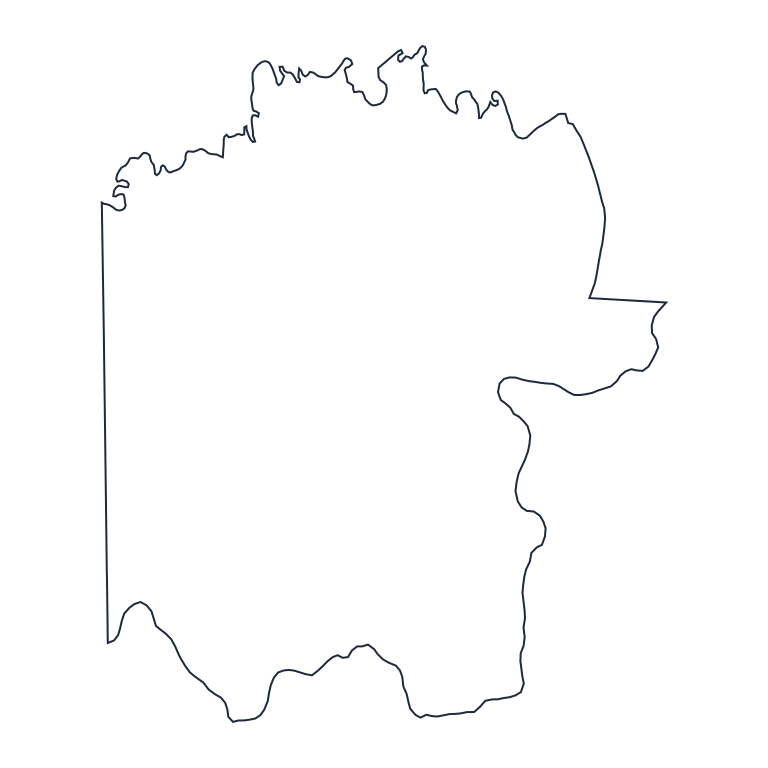 Amaturá, Amazonas, Brazil (Equal Earth projection)
{"feature_id": "56859067B85663685806708", "entity_name": "Amaturá", "entity_type": "district", "adm_level": 2, "iso_a3": "BRA", "parent_name": "Brazil", "parent_adm1": "Amazonas", "projection": "equal_earth", "projection_center": [-68.265, -3.42], "detail": "fine", "context": "isolated", "style": "outline", "palette": "slate", "viewbox_px": 768, "rotation_deg": 0, "n_neighbors": 0, "source": "geoboundaries", "source_scale": "gbopen_adm2", "svg_char_len": 5989}
<svg xmlns="http://www.w3.org/2000/svg" viewBox="0 0 768 768"><path d="M666.2,302.5L589.4,298.1L592.5,289.6L595.0,282.7L596.5,275.4L599.0,260.4L600.1,254.7L600.6,251.3L602.4,243.2L604.4,227.8L605.1,217.9L604.2,208.4L602.0,201.5L598.0,185.4L595.7,177.6L593.6,170.9L588.6,156.7L583.5,143.8L580.6,136.9L576.2,130.1L572.9,124.2L568.2,123.0L565.4,113.9L561.0,113.8L557.9,114.4L555.3,116.6L551.4,119.2L548.5,121.3L545.5,122.9L542.7,124.9L537.9,127.5L535.6,129.3L533.1,131.5L526.7,137.6L522.9,138.6L518.0,137.3L515.7,135.1L514.5,132.8L512.5,129.6L511.8,125.4L509.9,119.3L508.7,115.7L507.6,112.9L506.7,110.4L505.9,106.8L504.8,104.1L504.0,101.7L502.6,98.4L500.9,95.6L498.5,92.8L495.6,91.4L493.0,92.5L492.1,95.3L492.2,98.2L494.2,101.0L497.6,100.7L497.8,104.5L495.2,106.0L492.4,104.8L490.3,102.0L488.6,106.9L487.0,109.3L484.5,111.7L482.8,113.9L481.1,117.7L478.9,118.0L479.0,114.2L478.1,107.3L477.3,103.8L475.5,101.6L474.2,99.4L472.0,97.1L471.0,93.9L469.8,91.6L466.4,91.3L463.5,91.9L461.1,92.9L458.8,94.4L457.0,97.0L456.2,99.6L455.9,102.8L456.9,105.7L457.7,110.3L456.1,113.4L450.0,110.3L447.7,108.0L445.2,104.6L442.7,100.5L441.0,97.1L437.8,91.4L435.7,88.9L430.2,89.5L427.9,90.3L427.0,92.8L424.8,93.3L423.5,90.5L423.7,83.7L423.1,80.1L422.8,76.1L422.7,72.2L421.9,69.5L422.0,66.6L423.9,65.4L426.9,65.6L424.0,62.3L422.9,59.2L424.1,56.4L425.7,53.7L426.0,49.7L424.8,46.8L422.3,46.1L420.2,47.9L418.7,50.4L417.3,53.1L414.4,54.8L412.9,57.2L411.1,58.5L408.7,57.0L405.8,56.4L403.7,58.7L402.1,61.1L399.9,61.8L398.0,59.7L398.5,55.4L400.6,54.4L402.6,53.1L401.0,50.0L398.1,51.3L395.7,53.3L378.1,68.2L378.4,72.2L378.6,77.1L380.3,80.2L383.4,82.2L386.1,85.0L386.7,88.7L386.6,92.6L386.0,95.6L384.8,98.7L383.1,101.6L380.2,103.8L376.5,104.9L373.7,105.4L371.7,105.0L369.5,103.6L365.3,99.3L364.2,95.7L362.3,92.0L358.8,91.4L356.7,91.9L354.1,92.1L353.1,88.8L353.1,85.6L347.4,81.9L347.0,78.8L345.7,73.5L344.6,70.1L346.0,67.7L348.9,67.0L352.3,64.0L351.0,60.5L349.2,59.2L347.3,58.2L345.0,58.8L343.6,60.8L342.1,63.4L335.3,72.2L333.5,73.8L331.2,75.8L329.1,76.9L326.3,77.4L322.7,77.1L318.1,76.1L315.9,74.4L313.3,72.6L309.9,71.9L308.0,74.7L305.4,76.5L302.7,74.6L301.3,70.9L299.2,68.5L298.6,72.8L298.5,77.4L300.0,79.4L299.5,82.3L296.9,81.9L294.9,78.0L292.9,74.6L290.5,72.6L287.3,72.6L284.2,70.7L282.6,66.7L279.6,66.8L280.0,70.4L281.8,73.1L284.1,76.2L281.1,83.5L278.7,85.2L276.7,82.6L276.2,78.9L272.6,68.9L270.3,64.3L268.6,62.3L266.7,61.5L264.6,61.2L261.4,62.3L257.8,65.0L254.6,69.0L252.7,72.6L252.5,76.4L252.6,79.9L253.5,88.9L252.6,92.3L251.3,96.3L251.3,99.5L252.0,104.1L252.6,108.4L253.6,110.8L256.0,111.4L258.8,113.1L258.1,116.7L255.3,115.3L252.8,115.4L251.7,118.0L251.8,123.1L252.9,131.5L253.0,135.8L254.3,139.0L255.1,141.5L252.9,142.0L250.7,139.7L248.8,135.9L247.4,131.9L246.5,129.3L246.4,126.2L244.3,127.3L244.3,130.8L244.2,134.4L241.6,135.1L239.7,134.2L237.1,134.2L235.3,135.5L233.3,136.3L231.1,136.9L228.7,137.2L226.7,134.8L224.5,136.6L223.8,139.1L223.7,144.8L223.4,148.5L222.8,157.3L220.2,156.2L216.7,154.5L212.7,154.2L209.3,153.6L207.5,152.7L205.6,150.9L202.2,149.1L199.8,149.2L197.4,150.4L193.5,151.8L190.5,151.5L187.9,151.4L186.1,153.4L185.5,156.4L185.5,159.7L182.8,165.3L181.2,167.2L179.3,168.8L176.6,170.1L173.6,171.1L170.7,172.4L168.6,172.2L166.3,169.8L164.6,166.4L162.6,165.3L161.0,167.0L160.6,170.5L159.0,173.4L156.7,175.2L155.0,173.7L154.7,170.3L153.7,164.8L151.5,162.1L150.4,159.0L149.7,155.3L147.9,153.9L145.6,152.9L143.5,153.0L141.7,154.5L140.3,156.5L138.1,158.5L135.9,158.1L133.5,157.9L130.0,158.4L128.0,162.4L125.5,165.6L123.6,166.4L121.2,167.9L118.8,171.5L117.0,175.1L116.2,179.2L117.6,181.7L119.9,181.1L122.2,179.9L124.8,180.9L126.9,181.5L128.7,184.0L128.0,187.1L125.0,187.1L121.1,186.1L118.5,185.7L115.9,187.8L114.1,190.6L113.3,196.1L115.6,196.5L118.4,194.7L121.6,194.0L123.7,194.7L124.7,198.9L125.0,202.5L125.7,205.2L124.7,208.0L122.4,209.8L119.8,210.5L117.2,210.2L115.2,209.1L112.6,207.0L109.6,205.2L107.0,204.3L104.0,203.8L101.8,202.6L103.9,338.9L104.5,387.1L105.2,441.4L106.8,571.4L107.0,580.1L107.6,627.4L107.6,632.1L107.8,643.0L114.1,640.4L118.1,635.1L120.1,628.4L121.8,620.9L124.2,613.6L129.5,607.7L134.5,604.0L140.5,602.0L146.7,605.4L151.5,611.4L153.9,619.1L155.9,625.8L160.8,629.9L165.7,633.6L171.2,639.2L175.4,646.9L178.7,654.6L181.8,660.4L185.4,666.2L189.8,672.3L194.6,676.3L203.5,682.7L208.8,689.7L215.0,694.2L220.9,697.6L225.2,702.8L227.4,709.6L228.3,716.8L233.1,721.9L238.4,720.5L244.4,720.4L250.0,719.6L255.3,718.5L260.4,715.1L264.2,709.8L267.8,700.9L269.1,692.5L270.8,685.1L273.7,678.0L277.9,672.6L283.4,670.5L289.1,669.9L294.5,670.7L305.8,674.2L312.0,675.3L317.9,670.7L322.8,666.1L327.6,661.2L332.4,657.3L337.6,655.2L342.7,657.8L348.0,657.1L352.0,650.4L357.2,646.4L362.2,646.4L368.0,644.6L374.0,649.1L377.8,654.3L383.1,659.5L388.6,662.6L395.8,665.6L399.9,670.4L402.3,676.9L403.3,686.3L406.7,694.2L408.4,701.9L410.2,708.7L415.4,714.8L420.4,717.6L426.4,714.8L432.0,716.1L437.6,716.5L449.5,714.1L455.1,713.9L460.6,713.4L466.9,712.1L474.2,712.0L480.0,706.8L485.3,700.8L492.1,699.4L497.7,699.3L503.9,698.0L509.6,697.2L515.4,695.4L520.9,692.1L523.8,683.7L522.3,676.0L520.4,661.2L520.7,653.3L523.6,645.8L524.7,637.0L523.5,627.5L525.0,618.1L524.6,610.9L523.6,602.1L522.5,592.9L523.1,585.6L524.4,576.3L526.1,569.4L529.8,561.7L531.4,552.9L536.8,547.3L541.9,544.9L545.0,536.3L545.6,528.2L543.4,521.7L539.9,515.7L533.8,511.5L526.8,510.9L521.5,507.3L517.8,501.4L515.5,491.1L516.6,482.0L518.6,473.4L525.0,459.6L527.9,451.6L529.4,444.6L530.3,435.5L527.6,426.1L523.9,421.6L519.1,416.8L513.8,413.9L510.2,407.5L505.4,403.4L500.7,399.9L498.0,392.1L499.6,383.5L504.0,378.9L509.5,377.4L515.8,377.6L523.2,379.9L529.4,381.2L535.3,381.9L541.1,382.9L547.0,383.5L553.2,383.9L558.8,386.0L568.9,392.4L574.3,395.0L580.4,395.0L585.8,394.2L592.2,392.9L598.0,390.5L610.9,386.4L616.9,381.1L620.4,375.6L625.6,371.3L631.3,369.2L636.7,370.4L642.7,370.9L648.5,366.5L652.0,360.5L655.3,354.2L658.2,347.4L656.1,339.1L652.1,333.1L651.7,325.6L654.0,317.0L657.7,311.9L666.2,302.5Z" fill="none" stroke="#1e293b" stroke-width="2"/></svg>